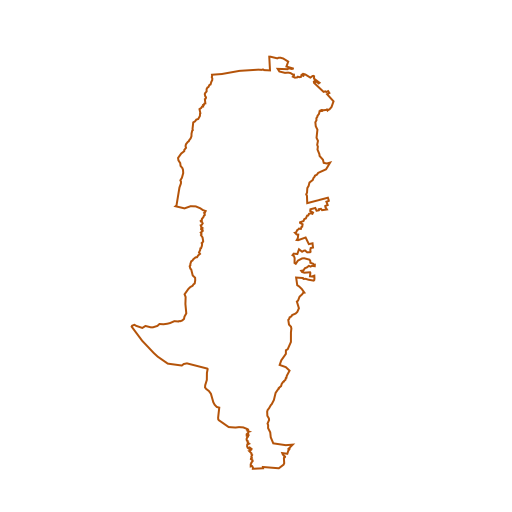 Bulzesti, Dolj, Romania (Natural Earth projection), rotated 211°
{"feature_id": "2599482B75333597382739", "entity_name": "Bulzesti", "entity_type": "district", "adm_level": 2, "iso_a3": "ROU", "parent_name": "Romania", "parent_adm1": "Dolj", "projection": "natural_earth1", "projection_center": [23.863, 44.579], "detail": "fine", "context": "isolated", "style": "outline", "palette": "amber", "viewbox_px": 512, "rotation_deg": 211, "n_neighbors": 0, "source": "geoboundaries", "source_scale": "gbopen_adm2", "svg_char_len": 6108}
<svg xmlns="http://www.w3.org/2000/svg" viewBox="0 0 512 512"><g transform="rotate(211 256 256)"><path d="M290.8,437.2L297.6,437.9L298.8,440.0L299.5,440.0L300.2,439.4L301.3,436.9L307.2,437.0L309.5,436.4L310.0,435.2L308.2,435.2L308.2,434.8L309.7,434.5L310.1,433.0L309.8,432.6L310.8,431.7L312.5,431.2L312.6,430.4L314.5,428.9L316.7,428.7L316.4,430.2L316.9,431.0L317.8,430.5L320.6,430.6L322.8,429.8L325.5,427.9L331.0,426.2L333.8,427.6L325.1,432.4L324.7,433.7L321.5,434.8L321.3,435.4L320.1,436.0L327.5,434.1L328.5,439.2L334.5,439.3L337.3,438.5L338.8,437.5L339.5,436.4L346.5,434.2L347.3,433.7L339.6,422.3L344.8,419.5L346.1,419.5L346.8,418.6L350.0,416.9L365.5,406.2L379.0,394.4L387.1,388.7L386.4,387.8L386.0,386.5L384.9,385.7L384.1,384.2L384.0,382.3L383.3,379.6L384.0,378.6L383.8,376.2L384.4,375.4L384.3,373.6L383.1,371.6L383.5,369.3L383.3,368.4L381.8,366.8L380.6,366.3L380.2,365.1L380.6,364.1L378.0,360.7L378.8,359.9L378.5,358.6L379.1,358.2L378.3,356.9L379.2,356.3L379.2,354.7L380.1,352.8L377.2,349.7L377.3,349.3L376.2,347.1L376.1,343.6L377.4,342.2L377.6,340.0L378.6,338.2L375.8,332.1L375.0,331.4L375.2,330.4L374.3,327.7L373.0,325.4L372.6,323.1L372.9,320.6L372.7,319.7L373.2,318.8L373.6,315.7L373.0,313.9L371.7,312.7L372.1,310.0L371.5,308.9L372.9,305.3L373.3,299.9L371.7,298.0L368.8,296.6L367.1,294.4L364.3,293.4L362.9,292.2L361.1,289.6L359.8,284.9L359.8,281.9L358.5,281.0L357.7,279.4L356.9,275.3L350.2,258.4L350.6,257.2L341.8,260.0L337.7,265.0L333.2,267.5L328.3,268.2L325.1,268.0L322.3,268.6L322.2,266.8L322.6,266.2L321.6,265.6L321.0,264.6L321.4,263.8L321.1,262.1L321.5,260.0L320.9,258.9L321.5,257.6L321.1,257.2L320.3,257.7L318.5,256.5L318.6,254.6L319.2,253.8L317.9,252.7L316.6,252.5L317.3,251.7L316.9,250.8L315.8,251.1L314.9,250.6L314.6,250.0L315.3,249.3L314.9,248.4L315.4,247.6L314.0,246.8L314.0,245.6L311.4,244.4L309.0,241.6L308.7,241.1L309.2,239.1L308.5,238.8L307.6,236.8L307.1,234.4L307.6,233.9L306.9,232.2L306.7,229.7L305.1,229.0L305.9,226.7L305.9,224.6L307.1,223.7L308.1,220.8L308.1,219.4L308.8,218.1L308.1,215.1L307.5,214.4L307.6,213.1L305.7,211.3L304.6,211.1L300.2,206.7L297.0,206.0L295.6,203.9L294.4,200.9L295.0,199.4L295.0,197.8L296.3,195.6L297.0,193.0L297.5,186.4L295.2,184.6L291.8,178.5L286.2,170.9L286.1,167.2L285.3,165.0L286.0,162.8L287.2,161.2L288.4,160.6L288.6,160.0L292.4,158.1L295.1,154.3L297.1,152.3L300.2,149.8L303.7,148.0L304.5,145.3L307.6,141.8L309.4,140.7L314.7,139.1L316.4,135.8L322.8,134.4L324.8,134.4L326.3,132.4L326.2,131.4L309.9,124.7L293.7,120.2L288.4,119.1L276.2,118.3L263.2,123.9L262.3,126.2L259.9,128.4L239.8,134.4L239.2,134.2L237.9,130.6L234.3,124.4L233.0,119.1L232.0,117.1L230.3,116.4L226.8,116.0L223.7,114.7L217.2,108.6L214.8,107.2L211.9,106.4L209.4,107.1L205.2,97.9L204.2,96.5L203.3,96.1L191.3,95.3L185.2,98.4L182.4,100.6L178.7,102.5L174.3,103.2L174.2,102.6L173.4,102.9L173.2,101.8L171.5,102.0L171.8,101.7L171.7,100.2L170.8,99.3L172.0,99.2L172.2,98.4L171.5,97.3L170.4,97.9L170.0,97.6L169.8,96.9L170.2,96.2L169.8,94.2L168.9,93.2L168.0,93.2L167.7,92.4L166.8,92.3L166.7,91.6L165.3,91.5L166.4,89.9L165.6,88.3L164.3,87.3L163.0,87.2L163.2,88.1L162.9,88.6L160.4,88.3L160.3,87.5L161.1,86.7L160.8,85.8L161.3,85.3L158.2,84.5L157.6,83.5L156.8,83.4L156.6,81.5L155.5,80.8L156.0,79.9L155.8,79.3L153.7,79.1L153.2,78.4L153.6,76.5L153.2,75.7L153.3,74.8L152.2,73.0L151.5,73.9L151.0,73.9L149.5,72.9L149.1,72.0L140.6,77.7L141.4,78.7L127.1,85.8L124.9,91.3L125.1,92.9L127.9,97.0L128.2,97.9L127.6,98.4L127.8,99.0L130.7,99.6L132.0,100.6L127.3,102.6L128.0,105.6L127.9,107.6L128.8,107.5L127.4,113.2L133.0,109.2L144.7,104.3L150.0,108.2L153.0,112.2L157.0,114.7L158.5,117.3L159.8,118.3L160.3,122.1L161.3,123.4L164.0,124.9L166.3,128.4L166.7,130.0L166.4,132.3L166.5,135.8L166.2,137.1L166.5,141.8L168.7,148.8L168.4,153.6L168.1,154.1L168.5,154.6L167.5,157.4L168.1,159.6L167.9,162.1L167.4,162.8L167.6,163.3L167.0,165.0L167.6,166.8L167.2,167.2L167.9,169.1L168.2,175.0L173.2,176.1L179.6,174.8L180.6,179.6L180.0,187.5L181.8,190.6L180.8,192.4L181.8,200.3L186.7,208.5L188.3,212.0L189.6,213.4L192.4,214.2L195.4,217.8L195.2,219.4L195.6,220.7L194.6,222.4L194.6,224.0L192.4,227.1L191.8,229.3L192.3,233.3L197.5,238.0L197.0,239.4L197.7,243.6L196.7,247.0L196.6,248.7L195.7,249.5L199.8,251.3L203.3,252.1L205.6,252.2L210.5,258.2L204.4,261.3L203.5,260.8L201.7,262.0L198.8,262.7L193.9,264.6L193.7,265.4L194.3,266.8L195.9,269.2L196.8,268.2L196.7,267.6L199.3,266.4L200.7,269.5L201.3,269.9L205.9,266.6L208.3,266.0L209.6,266.6L207.9,268.1L207.8,270.7L206.5,272.4L205.6,274.8L203.8,275.0L202.9,276.4L200.4,277.5L201.1,278.8L201.7,278.3L202.9,278.8L205.9,278.2L206.9,279.7L208.3,280.4L213.5,278.9L215.2,277.7L217.7,273.6L217.9,269.8L219.4,269.9L221.8,274.1L223.5,275.5L225.1,275.5L224.9,277.4L221.6,279.0L222.6,283.9L218.7,283.4L217.7,285.2L216.8,286.0L214.0,285.5L211.6,287.1L211.4,287.7L212.6,289.2L213.2,291.0L211.5,292.6L214.1,296.0L216.8,293.4L223.0,297.4L228.0,291.3L229.3,290.7L229.3,292.7L230.8,296.1L232.3,295.4L234.5,296.0L233.8,296.7L234.0,299.5L233.3,300.8L233.3,301.6L231.5,302.3L232.0,304.3L231.5,304.9L232.4,307.2L235.3,307.1L235.6,307.6L233.3,310.4L233.6,312.6L232.6,313.9L233.0,316.9L232.1,317.6L232.3,319.5L231.0,320.9L229.4,321.2L229.5,322.6L232.7,322.5L233.4,324.1L229.9,327.7L227.4,326.0L225.7,327.5L225.6,328.2L226.1,328.6L224.6,329.9L223.0,329.3L219.2,332.4L221.9,333.8L222.4,334.6L220.8,336.6L223.6,338.8L222.0,340.6L222.2,341.1L224.4,343.0L239.3,327.7L243.3,333.8L244.7,334.7L244.9,336.6L247.0,340.7L247.0,343.2L248.0,346.5L246.5,350.4L246.9,352.4L246.6,354.4L246.9,355.2L245.7,357.0L245.5,359.3L240.6,366.4L240.6,374.2L242.9,371.8L245.9,370.7L248.2,373.0L253.0,374.5L254.2,376.0L258.1,378.9L259.3,381.6L260.8,382.8L262.2,386.6L265.0,388.5L268.4,395.9L271.6,398.0L274.0,401.2L274.1,403.5L275.2,405.2L275.1,407.0L275.5,407.8L275.2,410.3L276.1,412.9L274.6,414.0L275.4,414.3L274.9,415.0L273.2,415.7L270.4,417.9L269.6,417.5L269.5,418.0L269.9,418.4L269.1,418.6L268.5,419.7L268.0,422.6L269.2,428.5L278.4,431.3L277.1,433.5L279.1,434.5L280.2,432.8L281.4,432.8L282.6,431.5L295.4,434.3L296.2,435.2L295.9,436.2L294.5,436.0L294.2,436.6L291.2,436.2L290.8,437.2Z" fill="none" stroke="#b45309" stroke-width="2"/></g></svg>